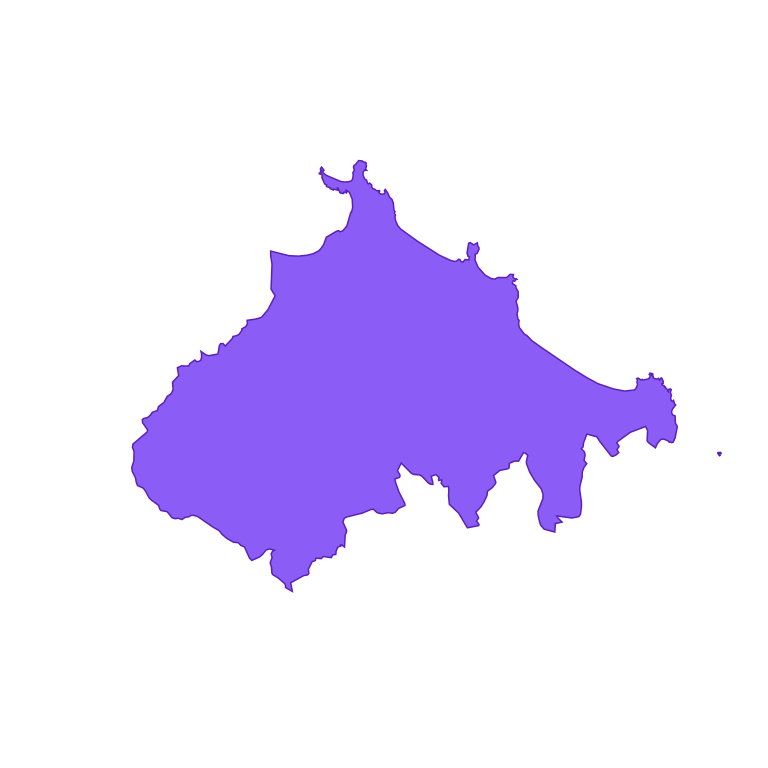 Binh Son, Quảng Ngãi, Vietnam (Equal Earth projection), rotated 332°
{"feature_id": "81297802B82760747397164", "entity_name": "Binh Son", "entity_type": "district", "adm_level": 2, "iso_a3": "VNM", "parent_name": "Vietnam", "parent_adm1": "Quảng Ngãi", "projection": "equal_earth", "projection_center": [108.804, 15.309], "detail": "fine", "context": "isolated", "style": "filled", "palette": "violet", "viewbox_px": 768, "rotation_deg": 332, "n_neighbors": 0, "source": "geoboundaries", "source_scale": "gbopen_adm2", "svg_char_len": 6172}
<svg xmlns="http://www.w3.org/2000/svg" viewBox="0 0 768 768"><g transform="rotate(332 384 384)"><path d="M593.7,567.8L597.2,565.0L602.5,562.9L605.2,564.0L608.2,567.7L608.5,569.3L609.6,569.6L610.6,571.0L612.2,571.0L615.7,568.3L622.6,559.8L623.1,558.7L622.9,555.4L626.1,548.8L624.3,546.8L624.5,544.6L625.0,543.3L627.2,541.4L631.7,539.5L631.2,537.9L632.0,534.4L630.4,534.7L630.0,533.7L630.1,532.1L630.8,530.5L632.5,529.0L632.9,525.8L635.0,523.9L634.7,523.0L633.3,522.3L631.5,524.0L631.6,521.6L630.8,520.7L631.1,518.9L630.4,518.8L630.5,516.9L629.2,515.5L629.3,514.2L630.8,514.5L631.9,512.4L632.0,509.1L631.6,508.7L629.2,509.9L629.1,507.9L627.4,507.9L625.5,506.3L624.7,504.6L625.4,503.3L624.4,502.2L624.9,501.3L625.9,501.6L626.0,501.0L623.9,499.2L622.7,500.1L623.2,500.8L622.1,502.7L619.8,503.6L614.4,502.1L614.2,501.2L612.7,500.9L611.2,498.1L609.6,497.8L609.6,499.4L608.1,501.3L607.5,503.7L604.2,506.3L602.2,506.8L593.1,503.2L584.4,496.2L573.2,484.3L566.0,473.5L558.7,461.0L539.3,424.1L534.6,414.4L533.2,409.0L531.3,405.6L530.0,397.4L531.2,394.0L533.2,391.2L532.7,389.6L534.4,384.6L536.9,381.7L538.1,378.9L539.5,372.9L543.3,370.4L545.8,365.6L545.7,361.1L546.5,359.1L544.6,355.7L544.9,354.7L546.5,353.5L547.8,354.6L549.3,353.7L550.5,354.0L550.2,353.2L548.9,352.7L548.2,351.2L548.1,350.1L549.7,348.1L546.9,346.4L542.3,347.6L534.5,343.4L530.9,343.4L527.9,340.9L524.4,335.3L521.9,325.1L522.5,317.5L525.5,312.2L527.4,312.5L531.2,309.6L531.9,308.0L531.6,306.4L532.7,303.2L528.5,303.2L526.5,299.6L524.9,299.4L518.8,307.3L518.1,310.8L519.0,311.9L517.0,314.3L514.1,312.1L511.0,313.4L509.6,312.1L509.4,309.6L508.4,308.9L506.2,309.5L504.1,309.1L500.7,306.0L493.4,296.3L480.7,273.9L471.5,255.1L470.5,250.6L471.0,244.7L472.3,241.2L473.3,240.6L473.5,237.9L474.7,237.0L474.3,235.5L477.2,228.6L477.7,224.8L476.6,221.7L477.0,217.1L476.5,212.8L475.1,213.4L474.8,215.5L473.8,216.3L470.9,215.3L469.5,213.5L469.6,212.1L470.8,211.7L470.8,211.1L468.1,209.8L467.3,207.7L465.9,206.2L465.7,204.1L466.6,202.7L465.7,199.9L464.4,200.1L463.8,199.5L464.3,195.7L463.3,194.2L463.3,192.0L463.9,188.8L465.3,187.0L467.0,186.1L469.0,187.2L468.6,185.6L471.0,183.2L471.0,181.7L472.0,180.8L471.6,179.4L470.2,178.4L469.5,176.8L466.5,174.8L462.1,176.8L460.5,176.8L458.9,178.0L458.2,181.3L455.8,182.7L454.7,185.4L452.6,188.2L450.7,189.3L448.4,189.0L444.4,187.4L440.9,184.9L430.9,172.5L429.5,169.0L429.8,167.7L431.4,167.1L430.8,163.2L429.2,163.8L428.5,165.0L429.0,166.3L427.8,166.4L427.7,167.9L425.8,167.4L425.5,168.0L427.2,169.5L427.4,171.2L426.1,172.3L425.5,179.5L426.8,181.0L425.9,182.5L428.7,185.7L428.2,186.3L430.3,188.9L431.0,188.3L433.9,190.9L434.9,189.1L435.3,189.4L435.0,192.3L435.4,193.1L434.8,194.0L435.7,195.5L437.8,196.8L438.2,195.9L439.2,195.9L440.6,197.7L441.5,196.8L441.2,195.6L441.6,195.0L443.4,198.6L442.7,205.9L439.2,213.4L436.2,216.8L435.4,216.7L425.3,227.1L419.4,229.4L416.7,228.9L415.9,227.3L414.1,226.8L402.0,227.3L396.1,232.6L392.1,234.7L389.0,235.8L382.5,235.7L376.6,234.2L368.4,230.9L360.2,226.0L346.3,213.4L344.0,218.0L341.4,225.6L328.8,247.2L329.3,255.0L316.4,263.9L307.1,267.6L301.4,266.5L293.0,263.5L291.9,266.2L290.7,267.4L288.6,268.5L284.4,268.5L283.5,270.0L279.4,272.1L276.4,272.1L273.0,271.1L271.3,272.7L261.6,275.9L260.9,272.7L258.6,271.7L256.6,272.9L251.4,279.6L242.8,276.8L240.5,274.9L237.7,269.3L237.0,271.9L235.3,275.0L233.3,277.0L231.5,277.2L229.1,276.3L228.2,274.0L222.3,274.8L220.3,276.2L218.4,275.7L213.8,272.9L209.2,272.6L206.6,280.2L198.1,283.1L195.2,289.9L192.2,292.2L190.4,292.9L187.1,293.0L180.9,297.0L174.4,298.0L171.4,301.0L166.1,300.2L163.5,301.7L159.6,302.6L155.5,301.6L153.8,302.0L152.7,305.0L153.7,313.8L152.2,315.2L134.1,319.2L132.1,322.0L131.7,326.1L127.0,334.5L122.1,339.3L120.7,343.0L120.5,350.2L119.1,354.6L118.7,357.9L122.5,362.8L123.1,366.5L123.2,374.1L123.9,376.8L127.9,385.2L127.3,389.5L127.6,390.9L132.6,395.0L134.0,402.5L136.4,404.9L139.4,406.0L141.9,408.8L145.8,408.4L149.5,409.7L151.9,409.4L154.0,410.4L157.3,413.6L165.9,430.2L169.5,435.9L170.5,441.0L172.9,446.9L176.9,453.1L180.8,455.7L181.9,459.5L184.3,462.3L183.5,474.7L184.4,477.7L192.6,478.3L196.9,477.4L202.1,475.2L205.7,476.0L209.2,479.3L207.0,479.4L204.6,481.0L203.7,484.7L199.6,488.4L198.6,493.0L196.2,498.4L196.4,500.4L199.5,505.5L202.6,513.6L202.5,515.5L201.5,517.5L205.7,524.1L208.3,515.7L223.3,515.5L226.8,516.7L228.7,516.0L230.3,512.0L237.2,507.1L240.3,507.7L242.3,505.8L246.5,508.7L249.6,507.9L255.9,512.6L258.3,510.9L261.5,511.8L262.9,509.5L266.6,506.3L269.9,506.8L270.2,505.6L271.1,506.2L272.6,509.4L278.8,499.2L281.5,497.0L282.3,495.6L282.9,486.6L286.0,483.8L289.0,484.0L304.2,487.8L313.7,488.7L315.8,489.6L317.4,494.1L318.8,495.7L321.7,497.9L327.3,499.6L330.9,502.2L333.8,502.5L338.4,500.7L345.5,501.1L346.3,499.0L346.5,486.6L347.9,476.9L349.0,472.9L353.5,473.7L354.5,473.3L355.4,471.8L355.2,466.8L362.1,461.9L366.2,475.6L367.6,477.7L372.6,480.9L374.2,483.3L376.7,492.3L377.9,494.2L380.0,495.6L381.0,493.4L382.4,487.7L386.4,488.1L387.6,489.0L388.7,492.4L387.4,493.8L387.1,495.0L389.8,495.6L389.6,496.6L387.9,498.3L388.7,502.9L392.8,504.7L391.6,507.8L388.6,512.8L385.2,520.9L389.3,533.1L390.1,550.1L401.1,553.5L401.9,552.7L401.5,548.2L404.4,547.0L404.8,546.2L404.8,540.3L411.6,538.1L417.2,534.9L422.6,530.8L424.7,527.7L425.8,527.1L431.1,526.3L435.9,524.2L436.7,522.9L437.8,516.3L445.7,514.7L453.5,517.0L455.0,516.8L457.6,512.9L463.2,513.4L466.6,515.3L475.0,510.1L476.3,511.4L477.4,514.5L473.4,519.1L472.4,521.3L471.3,530.1L471.7,539.8L473.6,550.5L472.7,556.0L470.5,559.8L460.4,568.4L458.4,572.4L456.4,579.7L456.1,582.6L457.2,587.3L465.3,594.9L469.8,587.7L476.4,589.5L474.7,583.8L474.6,581.6L487.1,590.6L493.8,592.6L496.4,591.2L500.9,584.8L503.1,580.5L506.8,570.1L508.6,566.7L515.3,559.2L517.9,554.6L521.5,551.5L525.6,549.5L524.8,545.4L528.3,541.1L529.1,537.9L527.8,533.7L530.1,533.1L532.7,529.5L539.6,523.5L547.1,530.5L547.6,536.2L550.5,552.6L550.9,554.4L552.1,555.4L555.6,555.6L559.0,554.8L558.9,551.3L562.3,549.5L561.9,545.1L563.8,544.4L578.9,542.3L595.0,544.3L594.9,548.8L589.7,557.5L589.9,559.8L593.7,567.8ZM649.0,602.4L646.6,601.3L646.2,602.0L646.5,604.8L647.3,604.8L647.6,603.3L648.9,603.7L649.3,603.2L649.0,602.4Z" fill="#8b5cf6" stroke="#5b21b6" stroke-width="1.5"/></g></svg>